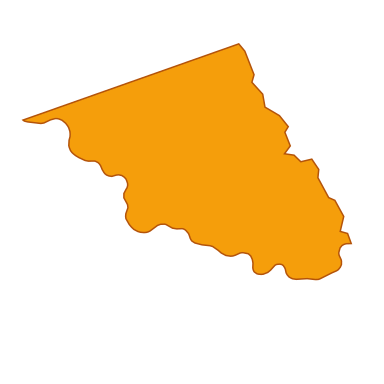 the district of Holt, Missouri, United States of America, rotated 340°
{"feature_id": "52423323B48032696511614", "entity_name": "Holt", "entity_type": "district", "adm_level": 2, "iso_a3": "USA", "parent_name": "United States of America", "parent_adm1": "Missouri", "projection": "equal_earth", "projection_center": [-95.272, 40.063], "detail": "fine", "context": "isolated", "style": "filled", "palette": "amber", "viewbox_px": 384, "rotation_deg": 340, "n_neighbors": 0, "source": "geoboundaries", "source_scale": "gbopen_adm2", "svg_char_len": 2080}
<svg xmlns="http://www.w3.org/2000/svg" viewBox="0 0 384 384"><g transform="rotate(340 192 192)"><path d="M59.0,68.2L61.5,69.9L73.4,75.9L76.5,76.5L83.7,75.8L88.4,76.2L90.4,76.9L92.0,77.9L94.4,80.1L96.8,84.2L97.8,87.5L98.1,89.3L98.0,93.3L97.3,95.9L96.3,98.3L94.2,101.3L92.1,106.3L91.9,108.3L92.0,111.5L92.7,113.8L93.6,115.6L95.0,117.9L97.5,121.0L102.3,125.8L105.1,127.5L110.8,129.5L111.8,130.1L113.9,132.4L114.6,134.0L115.1,136.0L115.3,140.2L115.9,143.4L116.4,145.0L117.5,146.8L119.4,148.5L122.0,149.9L126.6,150.2L129.0,150.8L131.7,152.5L133.3,154.7L134.3,156.9L134.5,159.0L134.4,161.9L133.8,163.8L132.5,165.7L131.0,166.9L127.5,170.1L126.0,174.2L126.7,178.8L127.1,181.9L126.4,184.9L124.1,187.7L122.4,189.8L121.3,192.2L120.8,194.5L121.9,201.0L123.1,204.3L124.6,207.3L127.6,210.6L129.8,212.2L133.0,213.7L135.1,214.3L137.1,214.5L139.2,214.3L148.2,211.6L151.5,211.6L155.4,212.9L156.4,213.6L161.3,219.3L165.0,221.4L170.0,223.0L171.3,223.7L172.7,225.3L173.2,226.3L174.5,229.8L174.6,231.2L174.5,235.1L174.8,237.0L175.1,238.0L177.3,240.9L183.4,245.1L190.5,248.6L192.8,250.3L196.6,255.7L198.6,259.3L202.1,263.2L206.3,265.5L208.5,266.1L211.2,266.2L216.3,265.8L218.1,266.1L219.4,266.6L223.8,269.3L225.3,272.2L225.6,276.0L225.0,279.6L223.2,284.1L222.9,286.0L223.0,287.6L223.2,288.4L225.0,291.0L226.3,291.9L228.9,293.1L230.9,293.6L235.7,293.5L239.1,292.3L245.0,289.2L246.8,289.0L249.8,289.8L251.6,290.9L252.6,292.3L253.2,294.8L253.3,296.4L252.8,300.2L253.1,302.3L254.1,305.0L255.8,307.0L256.9,308.0L260.1,309.7L270.6,312.8L278.1,316.5L280.6,317.3L282.2,317.4L296.0,315.8L300.9,315.5L303.0,315.0L305.7,313.3L307.6,311.3L308.8,308.1L309.0,306.7L308.6,301.8L308.9,300.0L309.3,299.0L312.0,295.2L314.6,293.6L316.9,293.2L319.1,293.3L324.0,294.9L324.0,284.2L317.8,279.7L326.2,266.9L323.4,248.7L318.5,244.0L315.2,221.6L318.8,214.2L315.8,202.1L304.6,200.8L300.5,192.3L292.0,187.7L300.1,182.3L299.7,167.6L304.8,163.5L300.3,150.2L289.6,137.2L291.9,124.3L285.8,109.4L290.4,103.0L289.8,77.7L286.6,68.8L235.1,68.3L57.8,66.6L58.1,67.2L59.0,68.2Z" fill="#f59e0b" stroke="#b45309" stroke-width="1.5"/></g></svg>